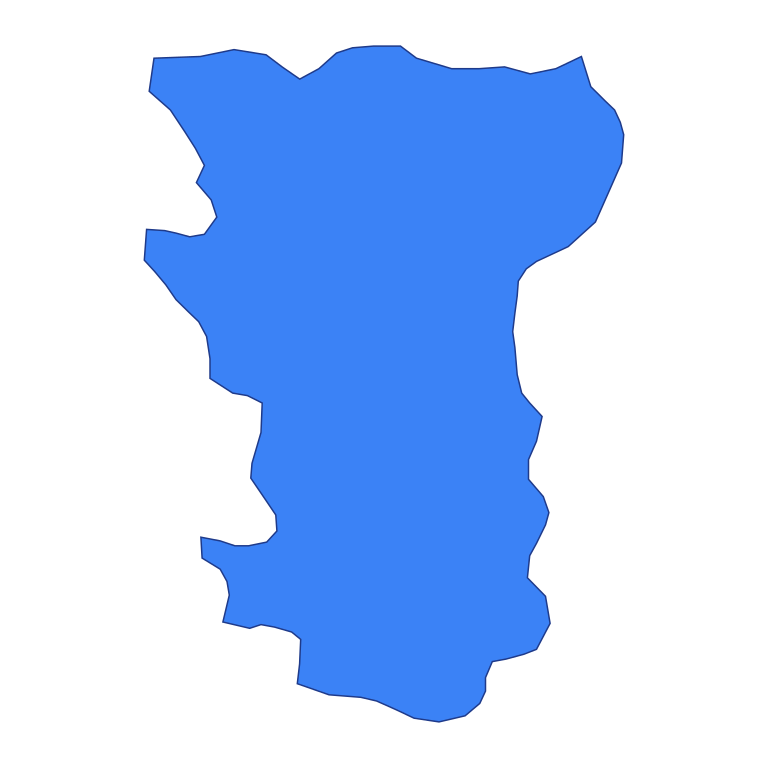 Larnakas Lapithou, Cyprus (Equal Earth projection)
{"feature_id": "46923920B93505429851808", "entity_name": "Larnakas Lapithou", "entity_type": "district", "adm_level": 2, "iso_a3": "CYP", "parent_name": "Cyprus", "parent_adm1": "", "projection": "equal_earth", "projection_center": [33.129, 35.305], "detail": "fine", "context": "isolated", "style": "filled", "palette": "blue", "viewbox_px": 768, "rotation_deg": 0, "n_neighbors": 0, "source": "geoboundaries", "source_scale": "gbopen_adm2", "svg_char_len": 1455}
<svg xmlns="http://www.w3.org/2000/svg" viewBox="0 0 768 768"><path d="M149.2,91.3L170.4,110.0L185.1,132.2L195.3,148.2L204.4,165.4L196.4,182.6L211.2,199.9L216.8,217.1L204.4,234.3L189.6,236.8L176.0,233.1L164.7,230.6L146.6,229.4L144.3,260.2L154.5,271.3L165.8,284.8L176.0,299.6L188.5,311.9L198.7,321.7L206.6,336.5L210.0,358.7L210.0,378.4L232.7,393.1L247.4,395.6L262.2,403.0L261.0,432.5L252.0,463.3L250.8,478.1L266.7,501.5L275.8,515.0L276.9,531.0L266.7,542.1L248.5,545.8L234.9,545.8L220.2,540.9L200.9,537.2L202.1,558.1L220.2,569.2L227.0,581.5L229.3,595.1L222.9,622.0L249.7,628.3L261.0,624.6L274.6,627.1L291.6,632.0L300.7,639.4L299.6,664.0L297.3,683.7L329.0,694.8L360.8,697.3L376.6,701.0L395.9,709.6L414.1,718.2L439.0,721.9L465.1,715.8L479.8,703.4L485.5,691.1L485.5,677.6L492.3,661.6L505.9,659.1L524.0,654.2L536.5,649.3L550.1,623.4L545.5,596.3L527.4,577.8L529.7,555.7L536.5,543.3L545.5,524.9L548.9,512.6L543.3,496.6L528.5,479.3L528.5,459.6L536.5,441.2L542.1,416.5L529.7,403.0L521.7,393.1L517.2,374.7L514.9,347.6L512.7,331.6L514.9,313.1L517.2,295.9L518.3,281.1L526.3,268.8L536.5,261.4L568.2,246.6L595.4,222.0L609.0,191.3L621.5,163.0L623.7,134.7L620.3,122.3L614.6,110.0L605.6,101.4L590.8,86.7L581.4,56.5L555.8,68.7L530.2,73.9L504.6,66.9L478.9,68.7L451.7,68.7L416.5,58.2L400.5,46.1L373.3,46.1L352.5,47.8L336.5,53.0L318.9,68.7L299.7,79.1L282.1,66.9L266.1,54.8L234.0,49.6L200.4,56.5L154.0,58.2L149.2,91.3Z" fill="#3b82f6" stroke="#1e3a8a" stroke-width="1.5"/></svg>